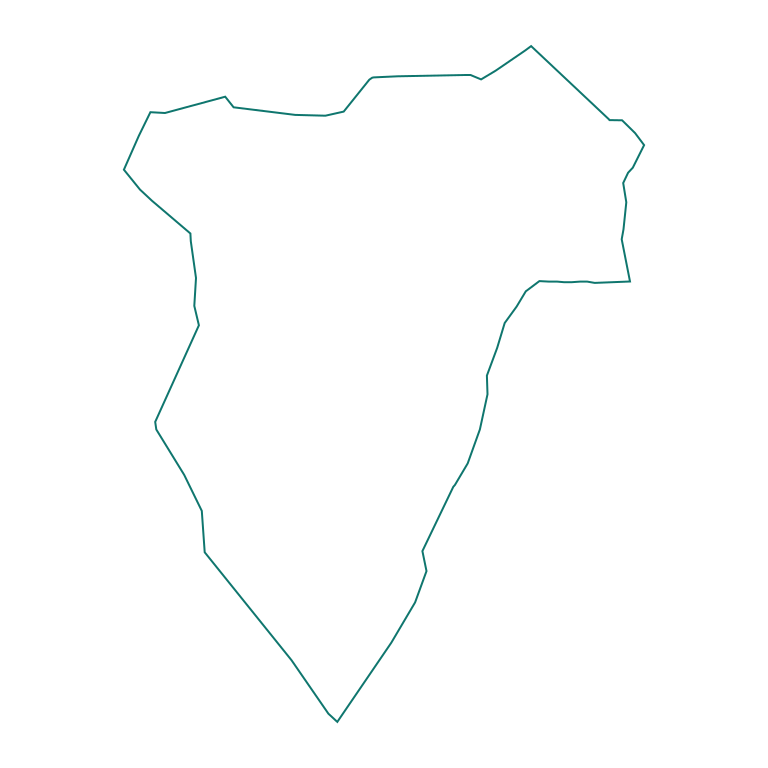 outline of Gokana, Rivers, Nigeria
{"feature_id": "59680162B60219664923389", "entity_name": "Gokana", "entity_type": "district", "adm_level": 2, "iso_a3": "NGA", "parent_name": "Nigeria", "parent_adm1": "Rivers", "projection": "natural_earth1", "projection_center": [7.302, 4.635], "detail": "fine", "context": "isolated", "style": "outline", "palette": "teal", "viewbox_px": 768, "rotation_deg": 0, "n_neighbors": 0, "source": "geoboundaries", "source_scale": "gbopen_adm2", "svg_char_len": 944}
<svg xmlns="http://www.w3.org/2000/svg" viewBox="0 0 768 768"><path d="M426.5,571.1L422.4,551.1L453.3,486.8L454.9,485.0L467.7,463.4L479.9,429.4L487.5,394.3L486.9,375.6L497.2,347.8L504.7,323.0L516.6,306.6L525.8,291.3L539.4,281.1L549.0,281.6L557.1,281.6L564.1,282.2L571.6,282.2L580.2,281.6L587.2,281.6L594.7,282.9L630.0,281.5L621.7,239.3L623.5,229.3L626.3,202.3L623.2,183.0L628.1,172.7L632.8,167.7L644.1,145.1L635.1,133.1L622.1,120.3L609.5,120.1L608.9,119.3L531.1,46.1L525.3,50.4L495.6,70.7L481.1,79.4L470.5,75.0L464.5,75.0L397.6,76.3L373.7,77.4L372.2,77.7L369.3,79.7L343.7,111.6L325.4,115.7L295.2,114.9L233.6,107.3L225.2,96.7L165.0,113.0L150.4,112.2L138.8,135.9L123.9,169.7L140.0,189.6L151.9,200.7L190.4,233.5L190.8,241.2L196.0,278.0L194.3,305.9L198.9,325.3L155.2,421.9L156.3,429.5L184.2,474.9L201.8,510.9L204.7,552.3L291.5,660.2L328.4,713.7L337.3,721.9L391.3,642.7L415.1,602.4L426.5,571.1Z" fill="none" stroke="#0f766e" stroke-width="2"/></svg>